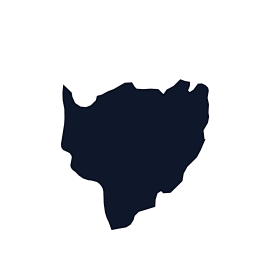 Unsan, P'yŏngan-bukto, North Korea, rotated 224°
{"feature_id": "82179303B31233151456599", "entity_name": "Unsan", "entity_type": "district", "adm_level": 2, "iso_a3": "PRK", "parent_name": "North Korea", "parent_adm1": "P'yŏngan-bukto", "projection": "mercator", "projection_center": [125.845, 40.087], "detail": "fine", "context": "isolated", "style": "filled", "palette": "ink", "viewbox_px": 256, "rotation_deg": 224, "n_neighbors": 0, "source": "geoboundaries", "source_scale": "gbopen_adm2", "svg_char_len": 1250}
<svg xmlns="http://www.w3.org/2000/svg" viewBox="0 0 256 256"><g transform="rotate(224 128 128)"><path d="M159.6,67.9L152.7,70.2L149.8,69.7L147.7,68.7L142.9,61.5L140.9,60.4L138.1,60.1L135.4,60.6L130.5,60.4L125.6,61.2L120.7,63.5L118.5,65.3L113.9,67.9L111.7,68.6L108.6,68.7L106.0,68.3L103.5,67.4L101.1,65.7L92.4,57.3L85.5,51.9L80.8,49.3L76.3,47.6L69.2,44.1L65.6,49.3L61.0,55.5L59.8,60.4L60.8,65.4L62.9,69.2L62.8,75.4L59.3,81.5L54.6,90.2L59.0,95.2L62.2,101.4L61.0,106.4L57.6,106.3L53.1,111.3L52.9,118.7L52.7,127.4L57.0,133.6L58.3,138.3L59.1,141.1L58.8,154.7L60.9,162.1L64.8,172.4L65.1,172.0L72.7,178.3L74.8,187.0L78.0,191.9L81.3,194.4L86.7,200.7L92.2,204.4L96.5,210.6L98.7,211.9L102.1,211.9L105.4,210.7L107.7,208.2L106.8,200.8L108.0,195.9L111.3,195.9L113.4,200.9L115.6,203.3L119.0,200.9L123.5,198.9L123.7,189.8L126.1,182.4L125.1,176.2L132.9,176.3L138.6,171.4L143.1,166.4L148.8,161.5L152.1,161.6L156.6,162.8L161.1,157.9L164.7,145.6L167.1,140.6L169.5,133.2L171.7,129.7L171.8,129.5L169.6,125.8L169.7,122.1L169.8,118.3L172.1,113.4L176.7,109.7L183.4,108.5L190.0,111.1L193.3,113.6L200.0,113.6L203.3,113.6L198.9,108.1L193.7,103.1L186.6,98.1L179.9,91.4L176.1,87.0L164.5,70.4L162.2,68.4L159.6,67.9Z" fill="#0f172a" stroke="#020617" stroke-width="1.5"/></g></svg>